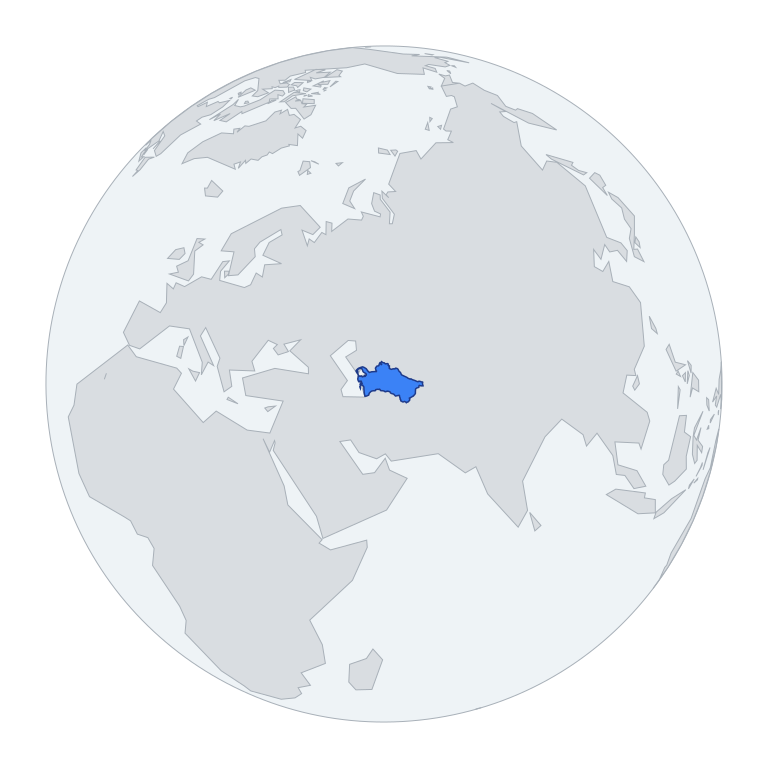 globe centered on Turkmenistan, rotated 351°
{"feature_id": "TKM", "entity_name": "Turkmenistan", "entity_type": "country or territory", "adm_level": 0, "iso_a3": "TKM", "parent_name": "Asia", "parent_adm1": "", "projection": "orthographic", "projection_center": [58.325, 38.975], "detail": "fine", "context": "on_globe", "style": "filled", "palette": "blue", "viewbox_px": 768, "rotation_deg": 351, "n_neighbors": 0, "source": "natural_earth", "source_scale": "50m", "svg_char_len": 15743}
<svg xmlns="http://www.w3.org/2000/svg" viewBox="0 0 768 768"><g transform="rotate(351 384 384)"><circle cx="384" cy="384" r="338" fill="#eef3f6" stroke="#a8b0b8"/><path d="M405.5,46.8L422.3,51.3L454.6,61.1L470.7,64.1L462.6,64.2L497.1,71.0L518.4,80.1L490.6,70.1L485.0,69.5L497.6,75.3L494.5,76.1L498.9,79.6L494.1,80.4L478.2,75.4L474.8,76.1L483.9,80.3L484.9,84.3L472.0,77.9L472.3,84.5L445.8,79.4L415.1,64.9L396.7,65.8L355.2,61.8L355.3,64.1L339.6,65.2L333.8,68.5L327.7,67.6L328.4,71.2L335.0,71.5L337.5,73.4L334.7,75.6L326.5,74.6L326.7,73.3L322.8,74.2L319.9,72.9L319.8,74.8L310.2,73.8L315.4,78.3L304.2,80.5L299.0,78.9L305.2,74.5L308.3,62.7L304.9,61.2L293.9,62.8L261.4,74.6L255.3,75.4L243.0,79.9L243.7,81.0L253.6,78.1L251.9,82.2L264.3,79.0L265.4,80.5L275.8,79.8L268.1,85.1L255.0,90.9L246.0,92.0L239.9,94.9L243.6,98.6L222.0,106.2L199.5,121.6L194.6,123.5L193.8,117.5L206.3,104.6L205.4,100.1L199.7,108.7L187.5,114.6L182.9,118.4L180.0,121.8L182.2,121.9L176.7,125.6L180.2,117.6L185.2,114.1L184.1,116.4L189.8,110.8L192.1,106.9L185.8,111.0L193.7,104.8L214.7,91.5L236.7,79.9L259.4,69.9L282.9,61.6L306.8,55.0L331.2,50.2L355.9,47.3L380.7,46.1L405.5,46.8ZM424.0,49.0L418.6,48.5L418.2,47.9L421.4,48.4L424.0,49.0ZM483.0,66.6L475.8,64.0L483.8,66.4L483.0,66.6ZM500.3,80.1L503.3,80.7L504.3,82.4L500.3,80.1ZM279.3,77.1L277.6,78.4L276.5,77.8L279.3,77.1ZM285.5,75.7L285.5,74.1L288.5,73.3L288.4,74.3L285.5,75.7ZM497.8,85.2L498.5,88.0L495.1,84.2L497.8,85.2ZM284.7,78.0L293.7,72.0L298.8,70.7L302.8,73.7L284.7,78.0ZM497.0,89.1L498.8,96.9L505.6,98.7L487.2,98.7L491.8,91.6L486.6,86.4L492.9,89.3L497.0,89.1ZM338.3,70.7L331.1,70.5L339.7,68.7L338.3,70.7ZM343.2,69.2L366.0,62.6L375.2,64.6L365.7,66.1L379.8,67.6L373.0,71.7L363.8,71.9L359.2,69.6L360.2,73.0L343.2,69.2ZM476.8,97.9L474.9,99.4L473.9,96.9L476.8,97.9ZM339.1,74.0L342.9,72.2L351.2,73.7L345.1,77.6L344.4,75.8L339.1,74.0ZM386.7,66.2L391.8,68.4L387.8,72.2L389.2,73.7L373.7,72.0L386.7,66.2ZM341.1,76.6L341.8,79.6L335.4,81.1L336.0,75.9L341.1,76.6ZM355.9,72.6L359.5,73.6L355.5,74.3L355.9,72.6ZM312.9,89.0L317.3,86.3L322.0,86.7L312.9,89.0ZM342.5,80.7L344.7,80.2L347.1,80.2L346.2,82.5L342.5,80.7ZM371.9,75.1L369.2,76.4L378.0,75.9L375.4,79.2L365.5,77.7L368.6,79.7L367.8,80.8L360.7,78.5L371.9,75.1ZM352.4,85.0L338.9,85.0L329.8,89.6L325.4,89.1L340.8,81.9L352.4,85.0ZM357.9,81.3L353.5,83.4L350.2,81.6L351.2,79.0L357.9,81.3ZM377.1,82.1L383.7,77.4L385.7,78.0L377.1,82.1ZM350.3,86.7L353.6,86.7L350.1,87.2L350.3,86.7ZM369.6,83.8L371.7,81.9L373.8,82.6L369.6,83.8ZM358.5,88.5L354.1,88.3L354.7,86.4L358.5,88.5ZM364.1,86.6L366.5,88.0L357.5,85.8L364.7,85.6L364.1,86.6ZM371.3,84.7L373.2,84.5L370.1,85.4L371.3,84.7ZM358.9,96.2L347.4,94.0L348.6,89.6L359.6,92.2L358.9,96.2ZM68.7,424.7L67.0,367.1L74.5,356.4L80.7,336.1L137.0,305.4L143.6,318.3L181.8,335.9L185.6,341.7L175.3,356.1L199.4,393.8L214.0,384.5L241.6,408.1L263.6,414.6L281.7,385.1L245.7,373.8L245.2,355.9L278.6,351.5L311.0,362.1L311.9,355.6L296.2,336.5L308.6,327.3L291.4,329.0L294.7,337.0L284.0,338.7L280.3,331.6L284.8,328.4L276.5,322.7L257.1,340.9L258.4,350.9L233.5,346.0L233.3,362.5L224.8,366.7L222.0,340.5L226.0,332.8L216.7,300.4L210.2,307.8L218.6,339.2L213.7,334.8L205.0,346.4L207.9,334.1L200.5,299.1L181.2,293.1L148.2,311.1L138.7,306.0L134.7,292.2L155.4,263.7L174.2,278.5L181.8,269.8L185.4,250.6L190.8,257.1L194.5,251.5L202.3,256.6L220.6,249.6L229.7,253.6L243.9,237.9L250.5,238.2L240.2,247.1L237.9,256.0L261.2,266.9L267.8,265.1L275.1,254.4L280.6,259.3L284.8,247.6L301.6,249.1L284.5,237.9L292.7,226.3L306.7,220.8L306.3,215.3L283.6,224.5L277.2,230.2L276.7,238.1L256.8,253.4L247.3,252.7L256.5,230.0L244.0,227.0L256.6,211.7L310.4,194.3L329.2,194.6L345.5,219.2L337.1,225.3L327.1,219.2L329.9,235.5L332.8,229.0L337.3,233.4L346.3,224.6L350.0,227.4L352.3,214.5L357.8,217.0L356.2,225.1L374.2,215.4L387.5,218.6L389.8,215.1L388.5,210.5L406.3,218.3L407.2,215.5L401.7,211.8L400.0,203.9L403.8,193.4L409.8,196.7L409.2,200.9L416.9,215.2L414.4,226.6L417.3,227.0L420.8,217.9L411.4,200.3L412.1,193.2L417.8,200.7L415.7,197.4L417.9,194.9L425.6,195.7L419.9,187.3L435.8,158.8L452.3,158.5L455.7,167.6L473.0,153.9L490.3,156.4L485.2,152.7L490.1,144.8L484.8,143.8L482.7,141.5L492.8,122.9L499.8,121.7L498.4,111.3L495.8,109.6L490.6,109.7L487.2,98.7L505.6,98.7L510.6,102.4L518.8,100.7L529.0,109.6L541.2,116.8L547.7,128.8L556.8,134.1L558.9,132.9L572.9,140.0L594.3,160.1L567.6,148.9L533.6,123.6L546.7,133.9L540.9,133.4L543.8,138.4L553.3,146.1L556.1,145.7L556.8,170.4L574.0,197.5L579.6,189.2L589.4,192.1L613.8,219.8L626.9,274.0L640.1,281.7L645.1,290.3L642.8,300.9L635.5,288.5L627.6,288.9L623.8,280.8L617.8,294.8L612.1,283.9L610.1,301.0L617.7,307.1L625.2,298.1L626.0,318.6L641.5,326.4L650.1,343.7L647.0,387.4L633.5,408.7L634.1,415.1L625.2,413.2L618.7,430.2L639.5,453.1L640.7,462.2L627.7,488.5L626.5,482.2L603.0,477.3L602.4,500.4L620.3,509.2L626.6,525.9L614.5,526.4L607.6,512.0L599.3,509.7L598.8,490.4L586.7,465.9L574.3,477.0L572.7,465.2L554.1,446.5L534.8,461.3L505.7,501.6L506.0,531.3L494.1,546.4L469.2,508.8L461.8,480.1L450.4,484.5L426.7,461.3L379.1,461.3L374.4,453.2L365.0,456.7L348.6,447.8L342.3,434.0L331.4,433.9L348.9,469.9L360.8,470.1L373.6,457.5L376.0,469.9L392.1,480.8L366.8,508.9L299.5,527.0L296.6,504.1L264.2,432.2L267.2,425.3L267.2,424.4L267.0,422.8L260.3,433.5L256.0,419.1L269.4,469.0L270.1,488.4L298.5,528.1L295.0,531.0L305.2,539.5L342.5,535.5L341.9,542.7L322.1,573.0L273.7,605.6L282.3,631.8L282.4,650.8L257.0,656.3L264.2,670.1L251.7,670.5L254.2,676.9L247.0,680.1L233.2,679.3L204.4,666.3L198.7,660.3L178.4,641.8L148.5,599.0L151.6,586.6L147.4,571.5L127.0,527.0L131.2,510.5L126.7,498.8L116.9,493.7L112.3,479.5L106.7,474.6L75.5,449.2L68.7,424.7ZM111.5,330.0L108.5,335.6L111.5,330.0ZM341.5,390.1L363.3,394.0L359.9,372.1L368.0,372.0L363.9,364.9L359.6,370.5L350.4,351.3L362.1,346.4L362.7,337.1L355.4,335.4L335.4,347.7L348.4,374.9L340.7,382.7L341.5,390.1ZM187.4,115.1L186.9,115.8L183.0,119.6L183.1,118.6L187.4,115.1ZM176.6,134.2L168.0,139.7L174.2,134.7L172.6,133.8L183.5,122.7L192.7,124.0L186.6,125.1L176.6,134.2ZM200.6,109.4L192.7,115.6L201.0,108.8L200.6,109.4ZM207.7,218.1L207.9,224.0L201.3,228.9L189.9,226.1L199.3,218.7L207.7,218.1ZM209.8,231.6L222.1,211.1L229.7,212.8L223.3,215.1L227.1,218.3L217.9,223.1L213.1,245.7L207.0,251.6L189.3,241.8L198.4,241.4L197.6,235.2L209.8,231.6ZM240.2,162.9L245.6,156.0L255.0,168.2L248.9,173.4L237.1,170.3L237.4,162.4L240.2,162.9ZM290.0,85.2L291.5,83.2L293.8,83.3L294.4,85.1L290.0,85.2ZM314.6,87.7L286.0,94.8L286.2,92.6L269.2,100.4L263.2,98.0L274.4,92.8L257.1,97.3L264.8,91.7L252.9,95.6L278.6,84.4L284.8,80.1L280.1,85.6L285.5,87.8L289.7,87.6L306.2,83.9L322.3,76.7L330.2,78.5L331.5,81.7L328.8,83.7L324.5,81.7L324.0,85.8L315.8,84.6L314.6,87.7ZM342.0,128.5L338.1,123.6L335.8,135.0L327.5,132.5L327.8,134.0L319.5,134.9L309.9,139.0L307.0,136.9L304.5,139.5L299.0,140.5L294.6,143.4L287.9,141.0L282.0,144.5L282.2,141.4L273.8,148.2L277.0,142.2L270.2,143.4L270.7,148.6L245.1,132.5L231.8,131.7L219.0,134.8L226.3,125.0L242.9,116.4L262.8,110.6L274.5,113.3L275.6,108.8L281.6,108.9L278.2,112.4L287.0,107.3L290.9,108.4L308.6,105.6L318.8,98.3L325.6,97.5L323.6,100.9L331.7,97.7L332.5,103.9L337.3,103.6L342.9,109.7L336.2,117.2L342.1,116.4L346.7,121.5L342.0,128.5ZM360.1,98.0L354.0,106.6L346.5,109.8L339.9,97.9L335.4,97.3L330.9,90.6L341.9,86.5L342.2,88.7L345.0,89.9L340.4,90.7L346.2,91.0L346.8,94.3L351.4,95.5L348.1,97.9L360.1,98.0ZM193.6,338.5L197.2,341.4L203.6,343.9L198.3,351.6L193.6,338.5ZM188.0,314.7L191.8,315.6L187.3,326.9L183.6,324.2L188.0,314.7ZM197.7,306.9L192.4,314.8L193.0,308.9L197.7,306.9ZM244.1,247.6L248.6,248.3L247.5,251.2L243.3,254.1L244.1,247.6ZM333.2,164.7L332.2,160.7L334.4,160.0L339.0,151.2L345.4,152.8L345.2,158.8L333.2,164.7ZM273.4,388.8L264.9,393.1L262.5,389.1L265.9,388.4L273.4,388.8ZM228.1,372.7L236.7,380.7L226.5,374.7L228.1,372.7ZM341.0,165.0L342.1,161.1L344.7,164.4L341.0,165.0ZM350.4,153.7L354.0,156.7L346.8,152.0L350.4,153.7ZM425.1,719.2L429.3,718.9L423.5,719.6L425.1,719.2ZM339.5,656.2L324.3,683.8L308.4,681.7L302.6,672.9L306.2,655.5L323.7,652.4L331.6,644.0L339.5,656.2ZM674.4,530.4L679.1,526.3L678.7,527.6L674.4,530.4ZM669.8,531.7L675.6,526.3L668.3,535.2L669.8,531.7ZM677.7,524.1L683.6,515.9L686.2,511.3L685.4,514.2L677.7,524.1ZM665.6,535.6L640.3,555.0L629.5,559.2L632.7,553.2L650.1,542.3L665.6,535.6ZM631.8,553.7L614.5,551.9L586.3,528.0L596.5,524.1L625.1,532.5L623.4,537.2L633.9,540.6L631.8,553.7ZM671.2,502.7L669.3,515.3L656.0,525.4L649.6,528.4L645.2,516.9L647.7,507.5L653.2,503.8L670.9,461.6L677.8,462.3L673.2,478.5L678.6,484.0L671.2,502.7ZM507.8,533.6L516.9,548.3L510.0,552.7L507.8,533.6ZM675.6,436.0L670.1,454.5L674.3,432.6L675.6,436.0ZM676.5,417.3L678.1,423.0L674.2,419.9L676.5,417.3ZM636.3,423.8L630.7,429.3L629.3,425.0L635.7,415.4L636.3,423.8ZM656.6,358.5L661.2,371.7L661.8,377.0L656.9,371.1L656.6,358.5ZM397.8,178.7L384.2,188.6L378.8,197.9L382.5,206.2L371.5,199.3L379.9,184.8L397.8,178.7ZM430.5,160.6L427.2,154.2L432.4,154.7L433.9,156.3L430.5,160.6ZM425.9,158.3L414.8,155.0L415.4,150.0L424.0,153.5L425.9,158.3ZM377.5,158.9L373.1,161.5L371.1,158.6L377.5,158.9ZM617.8,628.0L625.1,620.7L632.6,609.1L634.9,607.2L641.1,595.9L666.3,564.8L686.3,527.9L693.2,517.7L702.8,492.1L707.7,480.6L702.3,497.6L702.3,497.4L692.6,521.6L681.0,545.1L667.7,567.6L652.6,589.0L636.0,609.2L617.8,628.0ZM685.7,518.7L693.1,502.6L696.1,497.7L685.7,518.7ZM715.0,452.2L712.5,461.5L714.4,452.8L714.9,446.9L709.0,458.9L707.9,456.6L710.7,447.8L705.7,453.3L711.4,440.2L712.9,446.7L715.7,431.9L718.8,423.0L720.4,415.5L720.5,415.4L715.0,452.2ZM709.7,464.0L710.5,462.1L709.3,467.0L709.7,464.0ZM698.3,475.5L697.8,478.9L696.1,479.2L698.3,475.5ZM700.8,470.3L705.6,465.4L700.1,473.6L700.8,470.3ZM682.0,483.2L683.9,488.2L690.3,476.6L685.4,488.6L688.9,495.5L687.0,501.5L683.8,493.6L681.3,508.3L678.4,511.1L677.6,501.6L681.0,484.7L683.8,475.9L694.8,460.8L682.0,483.2ZM701.0,461.6L699.6,455.3L700.5,448.0L702.2,450.2L701.0,461.6ZM693.7,440.9L688.1,436.2L684.3,444.9L690.8,421.0L695.3,429.4L693.7,440.9ZM686.9,423.3L683.5,431.3L686.2,418.4L686.9,423.3ZM681.9,429.1L680.1,422.5L683.5,419.9L681.9,429.1ZM689.0,421.3L687.4,408.4L690.3,413.6L689.0,421.3ZM675.1,408.0L684.8,412.2L674.5,417.0L668.0,394.0L671.9,389.4L675.1,408.0ZM658.3,289.3L653.9,283.6L655.7,278.1L658.2,283.5L658.3,289.3ZM657.6,257.2L654.8,274.9L651.8,290.1L655.5,290.4L659.9,303.8L651.2,297.4L649.1,278.6L652.3,269.2L647.3,258.8L646.3,247.3L637.9,236.9L635.7,229.7L644.3,236.5L657.6,257.2ZM634.1,232.8L619.2,212.9L625.2,208.2L629.8,211.5L634.1,222.4L630.7,224.2L634.1,232.8ZM617.3,207.0L613.8,208.7L584.6,188.1L579.9,182.7L605.3,194.7L603.4,197.3L609.6,203.5L617.3,207.0ZM478.4,100.6L475.2,99.5L478.4,99.2L478.4,100.6ZM479.7,141.2L477.4,138.1L481.3,137.5L479.7,141.2ZM473.2,129.4L470.4,132.1L470.9,127.8L473.2,129.4ZM464.6,138.8L468.1,132.6L468.3,140.6L464.6,138.8Z" fill="#d9dde1" stroke="#a8b0b8" stroke-width="1"/><path d="M373.6,370.0L374.8,370.1L375.8,370.2L377.1,370.3L377.5,370.4L378.0,370.4L378.2,370.5L378.4,370.2L378.6,370.1L378.6,369.8L378.5,369.7L378.2,369.4L378.1,368.1L378.0,367.0L378.3,366.6L378.7,366.4L379.2,365.6L379.5,365.4L379.9,365.2L381.2,365.2L381.8,365.0L381.9,364.8L382.2,364.2L382.3,363.7L382.5,363.5L382.7,363.3L382.9,363.3L383.3,363.4L383.6,363.5L383.8,363.6L384.0,363.8L384.2,364.1L384.2,364.3L384.3,364.4L384.5,364.4L384.7,364.2L384.4,363.8L383.8,363.1L383.5,362.8L383.3,362.6L383.2,362.5L383.5,362.2L384.1,362.2L384.7,362.3L384.9,362.1L385.1,361.6L385.8,362.2L386.4,362.9L386.6,363.0L387.1,363.0L387.5,363.1L387.8,363.3L388.1,364.0L388.5,364.2L388.9,364.4L390.3,364.3L390.7,364.4L391.0,364.7L391.2,364.9L391.3,365.0L391.2,365.3L391.2,365.7L391.2,366.0L391.1,366.3L391.8,366.6L392.0,366.9L392.2,367.1L392.1,367.4L391.8,367.3L391.7,367.5L391.7,367.9L391.9,368.2L392.0,368.5L391.9,368.8L391.7,369.2L391.7,369.5L391.8,369.6L392.3,369.9L393.4,370.6L393.7,370.7L394.8,370.5L395.3,370.4L395.6,370.5L396.4,370.6L396.7,370.7L396.9,370.7L397.3,370.7L397.6,370.3L397.8,370.2L398.1,370.2L398.7,370.4L399.4,370.8L399.9,371.2L400.1,371.6L400.4,372.3L400.8,373.6L401.3,374.4L401.8,374.8L402.2,375.6L402.6,377.3L402.8,377.7L403.0,377.8L403.6,378.3L404.8,379.1L405.5,379.6L406.6,380.3L407.6,381.0L408.6,382.0L408.8,382.2L409.7,382.7L410.7,383.3L411.4,383.1L412.5,384.0L412.9,384.3L413.1,384.4L413.8,384.7L415.1,385.4L416.6,386.4L417.7,387.0L417.9,387.0L418.2,387.0L418.5,386.9L418.8,386.7L419.3,386.8L419.9,387.0L420.3,387.2L420.7,387.4L421.1,387.7L421.3,387.8L422.2,388.0L422.4,388.1L422.5,388.2L422.5,388.4L422.1,389.3L422.1,390.4L422.2,391.2L422.3,391.9L422.1,391.9L421.5,391.8L420.3,391.6L419.3,391.2L418.7,390.9L418.3,391.2L418.2,391.5L418.0,392.1L417.8,392.8L416.7,392.9L415.7,393.1L415.1,393.4L414.5,393.8L414.3,394.2L414.2,394.8L413.9,396.1L413.7,397.2L413.6,398.0L413.3,398.5L412.6,399.3L411.9,399.8L411.4,400.0L411.3,400.3L411.2,400.5L410.7,400.6L410.4,400.7L409.6,401.0L408.8,401.3L407.8,401.7L407.2,401.8L406.9,401.8L406.8,402.0L407.0,402.3L407.1,402.5L407.2,402.8L407.0,403.1L406.8,403.5L406.7,404.2L406.4,404.4L405.8,404.8L405.2,405.3L404.6,405.6L404.3,405.5L403.9,405.5L403.5,405.6L403.2,406.0L403.0,405.9L402.9,405.5L402.7,405.3L402.1,404.8L401.6,404.5L401.3,404.4L400.9,404.6L400.3,404.7L399.8,404.6L399.4,404.5L398.9,404.0L398.6,403.7L398.1,403.5L398.0,403.3L397.9,403.0L398.0,402.7L398.0,402.1L397.7,401.7L397.5,401.3L397.6,401.0L397.8,400.7L397.7,400.2L397.5,399.6L397.4,398.8L397.5,398.0L397.2,397.5L395.3,397.6L393.5,397.7L393.4,397.6L392.7,396.6L392.2,395.8L391.6,395.3L390.4,394.8L389.8,394.5L389.3,394.1L388.9,393.6L388.8,393.0L388.7,392.8L388.6,392.6L388.4,392.5L386.9,391.8L386.3,391.6L385.8,391.8L385.5,391.8L385.1,391.6L384.5,391.9L384.3,391.9L384.0,391.8L383.7,391.7L383.0,391.0L382.4,390.7L382.0,390.6L381.1,390.3L380.3,390.2L379.8,390.0L379.5,389.9L379.4,389.8L379.4,389.5L379.4,389.2L379.1,388.7L378.8,388.4L378.2,388.5L377.4,388.4L376.8,388.2L376.3,388.2L375.8,388.2L375.3,388.2L374.9,388.3L374.7,388.5L374.6,389.1L374.3,389.2L374.0,389.2L373.4,389.2L372.5,389.0L371.3,389.0L370.3,389.2L369.6,389.6L368.9,390.1L368.0,390.8L367.8,391.1L367.3,392.4L367.0,392.5L366.8,392.7L366.5,392.7L365.9,392.9L365.1,393.1L364.6,393.2L363.3,393.1L363.3,392.7L363.1,391.2L363.1,389.7L363.1,389.0L363.3,387.6L363.3,386.8L363.3,386.2L363.4,385.6L363.5,384.9L363.6,384.2L363.6,383.6L363.4,383.2L363.0,382.7L362.9,382.4L362.9,382.1L362.5,382.0L362.2,381.7L361.9,381.5L361.3,381.2L361.0,381.2L360.7,381.3L360.4,381.6L360.3,381.1L360.3,380.6L360.9,379.6L361.2,379.9L361.6,380.1L362.1,380.1L362.5,380.1L362.5,379.7L362.3,379.5L362.0,379.3L361.9,378.8L362.0,378.4L362.1,377.9L362.0,377.7L361.8,377.6L361.3,377.6L360.6,377.4L359.9,377.3L359.7,377.9L360.1,378.6L359.8,378.2L359.5,377.7L359.1,376.9L358.9,375.9L358.9,374.8L359.2,374.0L359.5,373.2L359.8,372.1L360.1,371.1L360.3,371.6L360.6,372.0L360.9,372.4L361.1,372.5L361.7,372.7L362.1,372.7L362.6,372.5L363.0,372.6L363.3,373.0L363.6,373.5L364.1,373.6L365.1,373.3L365.5,373.3L365.9,373.5L366.1,373.5L366.4,373.5L366.2,373.1L366.1,372.6L366.4,372.4L367.2,372.7L367.6,372.6L367.8,372.5L367.9,372.4L368.0,372.0L368.0,371.7L367.9,371.3L367.8,371.0L367.4,370.6L366.1,369.5L365.7,369.1L365.3,368.6L365.1,367.8L365.0,367.1L364.8,366.5L364.4,365.1L364.2,365.0L364.0,364.9L363.5,364.8L362.9,364.9L362.0,365.1L361.4,365.0L361.2,365.1L360.6,365.6L360.2,366.1L359.8,367.1L360.1,367.5L359.7,369.3L359.8,370.1L359.7,370.1L359.3,369.1L358.8,368.1L358.4,366.6L359.3,365.7L360.2,365.1L360.8,364.7L361.0,364.6L361.9,364.3L363.0,364.1L363.8,363.9L364.8,363.8L365.2,363.7L365.7,363.8L366.1,364.0L366.3,364.1L367.2,364.7L368.0,365.4L368.8,366.1L369.0,366.4L369.1,366.7L369.2,367.0L369.8,368.0L370.0,368.5L370.4,369.1L370.7,369.4L371.0,369.8L371.2,370.1L371.4,370.3L371.7,370.3L372.3,370.2L373.0,370.1L373.4,370.0L373.6,370.0ZM360.1,384.3L360.0,384.6L359.8,383.8L359.7,382.8L359.9,382.6L360.1,382.6L359.9,382.9L360.1,384.3Z" fill="#3b82f6" stroke="#1e3a8a" stroke-width="1.5"/></g></svg>